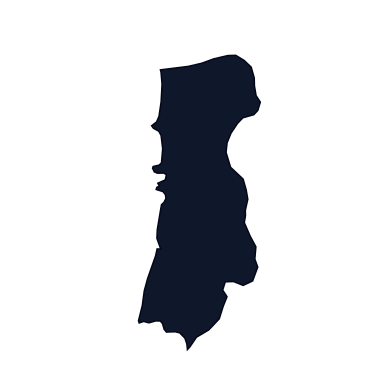 Thongchon, Kangwŏn-do, North Korea, rotated 223°
{"feature_id": "82179303B46927697528233", "entity_name": "Thongchon", "entity_type": "district", "adm_level": 2, "iso_a3": "PRK", "parent_name": "North Korea", "parent_adm1": "Kangwŏn-do", "projection": "robinson", "projection_center": [127.81, 38.946], "detail": "fine", "context": "isolated", "style": "filled", "palette": "ink", "viewbox_px": 384, "rotation_deg": 223, "n_neighbors": 0, "source": "geoboundaries", "source_scale": "gbopen_adm2", "svg_char_len": 1324}
<svg xmlns="http://www.w3.org/2000/svg" viewBox="0 0 384 384"><g transform="rotate(223 192 192)"><path d="M132.9,205.3L136.7,211.1L140.5,215.0L146.2,224.7L153.8,230.5L163.4,236.3L180.7,236.4L194.1,244.2L199.9,251.9L203.6,261.6L205.5,273.3L205.4,281.0L199.5,290.7L199.5,296.5L203.3,304.3L210.9,306.2L215.3,309.6L218.6,312.1L224.3,317.9L233.9,323.7L243.6,323.8L253.2,321.8L258.0,317.1L259.0,316.0L266.8,304.4L272.7,292.8L280.5,281.2L290.2,269.6L298.4,259.8L296.6,258.7L287.5,250.5L276.1,236.9L267.8,224.9L265.7,219.1L266.7,212.9L263.6,212.3L257.8,213.8L253.2,212.3L242.9,203.6L234.2,192.5L234.4,189.2L237.8,184.2L237.1,182.5L233.2,181.0L230.1,182.2L225.3,186.8L222.4,187.0L219.8,182.6L223.0,175.1L219.9,174.1L220.9,171.4L219.9,169.4L213.5,172.5L209.6,171.9L206.7,169.6L205.4,165.2L205.7,162.0L202.4,156.9L191.8,140.9L186.1,134.2L175.9,128.9L178.7,126.6L175.0,120.3L165.6,98.8L159.7,87.5L156.5,82.9L151.0,75.2L143.3,61.3L141.3,60.2L139.1,64.4L134.3,66.9L130.6,73.0L127.1,76.1L123.7,75.6L118.8,72.6L115.2,72.1L109.0,78.3L104.9,80.6L97.6,80.3L92.2,77.4L89.2,74.8L87.9,73.6L87.9,77.2L89.7,88.9L85.7,102.4L85.6,110.2L85.6,117.9L91.2,129.6L95.0,139.3L102.7,141.2L106.4,149.0L100.6,154.8L90.9,158.6L87.0,168.3L92.7,181.9L100.3,185.8L107.9,195.5L119.4,199.4L132.9,205.3Z" fill="#0f172a" stroke="#020617" stroke-width="1.5"/></g></svg>